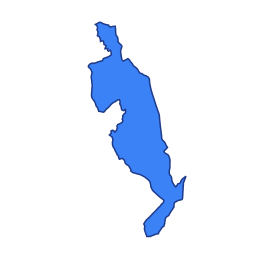 Suna East, Nyanza, Kenya (Mercator projection), rotated 48°
{"feature_id": "3690345B51291176928549", "entity_name": "Suna East", "entity_type": "district", "adm_level": 2, "iso_a3": "KEN", "parent_name": "Kenya", "parent_adm1": "Nyanza", "projection": "mercator", "projection_center": [34.508, -1.066], "detail": "fine", "context": "isolated", "style": "filled", "palette": "blue", "viewbox_px": 256, "rotation_deg": 48, "n_neighbors": 0, "source": "geoboundaries", "source_scale": "gbopen_adm2", "svg_char_len": 4417}
<svg xmlns="http://www.w3.org/2000/svg" viewBox="0 0 256 256"><g transform="rotate(48 128 128)"><path d="M202.6,117.1L202.4,119.5L202.3,121.8L202.7,124.0L203.5,125.2L203.7,126.6L202.9,128.2L203.3,129.6L203.7,131.9L201.4,131.9L198.2,131.3L195.8,130.2L194.0,128.8L192.4,128.3L190.3,128.2L188.3,126.9L187.1,125.5L186.0,124.0L184.7,122.6L183.3,121.5L181.7,119.9L180.0,118.3L178.4,117.4L176.7,116.6L174.8,116.2L172.8,116.8L171.2,117.3L169.3,117.0L169.3,116.5L169.2,115.6L169.2,114.2L168.9,111.7L168.3,111.5L166.7,111.4L164.6,110.6L162.4,110.2L160.0,110.5L157.9,109.7L156.5,108.4L154.5,107.1L151.3,104.8L147.9,102.5L143.3,99.1L141.9,98.1L140.7,97.1L139.4,96.2L137.5,95.2L135.1,94.3L133.2,93.4L130.5,92.3L126.0,90.3L122.8,88.8L120.7,87.9L118.2,86.8L116.6,86.0L114.7,85.1L111.7,83.4L108.9,81.7L106.2,79.5L104.0,78.9L101.4,79.6L99.0,80.9L97.0,81.2L95.4,82.4L93.1,82.2L90.8,81.6L88.3,81.7L85.4,82.3L82.5,81.7L80.3,81.8L78.4,81.4L76.4,81.6L76.2,82.5L76.0,83.4L75.6,85.0L75.1,86.7L73.5,86.9L72.2,86.3L71.5,85.9L70.8,85.4L69.4,84.5L68.6,84.0L67.9,83.5L66.3,82.4L65.6,81.8L65.1,81.0L64.3,79.5L63.2,77.9L61.9,77.5L60.1,77.7L57.5,77.8L55.8,76.4L54.6,75.5L52.8,74.9L50.6,74.6L47.8,72.5L46.1,71.0L45.6,70.7L44.4,69.8L43.8,69.4L42.3,71.4L41.4,73.0L40.5,74.0L38.5,73.6L36.4,75.2L34.2,76.5L31.5,77.5L30.2,78.6L29.9,80.8L29.2,82.9L30.9,82.7L31.7,82.8L33.2,83.5L34.1,85.2L36.4,86.0L37.7,87.2L38.9,89.0L41.0,88.3L43.3,89.0L45.3,90.5L45.7,89.2L47.0,88.2L48.5,89.0L50.0,90.0L51.3,89.4L52.6,89.2L53.0,90.9L53.7,92.1L54.5,91.1L55.4,90.0L56.6,91.2L57.9,91.1L58.3,89.1L60.3,89.8L62.4,91.4L62.2,93.3L61.9,95.0L60.8,97.7L59.9,99.9L60.9,101.9L59.4,104.8L58.4,107.1L57.6,109.5L56.4,110.5L55.2,112.4L55.0,114.4L55.3,115.8L56.2,116.6L58.0,116.4L60.2,116.6L62.7,117.6L64.3,119.8L65.7,121.5L67.6,122.6L69.5,124.0L71.2,125.3L72.5,126.1L74.1,128.0L75.8,129.6L77.0,131.0L78.4,132.4L79.9,133.8L81.9,134.7L84.8,135.0L86.9,135.4L88.5,136.0L90.2,136.9L92.2,137.0L94.1,137.7L96.0,138.6L96.4,138.2L97.8,137.1L98.3,136.8L100.0,135.5L99.9,133.5L99.5,131.8L99.6,130.1L99.6,128.2L99.3,126.1L99.1,123.8L99.3,122.0L99.7,120.3L100.1,118.7L100.1,117.2L101.2,115.4L103.2,116.2L104.6,118.0L107.3,118.6L109.1,120.0L110.6,120.5L112.2,119.6L112.5,117.6L114.2,118.8L115.1,120.1L114.9,121.4L115.3,123.7L116.8,124.9L117.6,126.5L119.1,126.7L119.9,128.5L119.4,131.0L118.6,133.2L119.1,134.9L120.7,135.8L122.0,138.2L122.3,140.4L120.6,140.4L119.4,140.9L118.8,142.6L120.6,143.9L120.7,146.5L122.7,146.1L124.4,145.9L126.9,147.3L128.1,149.1L130.2,150.8L132.2,151.7L134.1,151.9L136.5,152.8L138.5,153.2L140.3,153.9L142.5,153.9L143.9,154.9L145.5,155.3L146.6,152.8L148.5,152.2L150.5,152.7L152.4,153.6L154.7,153.4L156.5,152.7L158.1,153.2L159.4,153.4L160.0,153.5L161.3,154.1L161.7,154.7L164.3,154.3L166.2,153.1L168.1,151.9L168.6,151.6L170.7,150.2L172.2,149.6L174.4,148.7L175.9,148.3L178.6,147.8L181.2,147.5L183.0,147.9L185.0,148.9L187.5,150.6L189.9,151.2L192.0,151.5L194.0,151.2L195.5,151.1L196.1,151.0L196.9,151.0L198.7,150.8L201.1,150.5L203.4,150.0L205.6,149.7L206.3,150.4L206.8,151.0L207.2,152.6L207.0,154.2L207.6,156.1L207.5,158.1L207.7,160.1L208.0,162.6L208.2,167.0L208.4,169.1L208.6,171.4L208.6,173.2L208.6,173.9L208.7,175.4L208.7,176.2L209.1,178.0L209.9,180.5L211.1,180.8L212.1,181.1L212.7,181.9L213.5,182.8L214.5,183.7L215.4,184.2L216.4,184.6L218.0,185.3L219.3,185.8L219.9,186.0L220.4,186.2L221.2,186.6L222.2,185.6L222.5,185.1L223.0,184.6L223.5,184.2L223.7,183.4L223.9,182.5L224.4,181.5L224.7,180.8L225.0,179.9L225.2,179.2L225.6,178.2L226.0,177.6L226.4,177.0L226.8,176.6L226.8,175.8L226.2,175.3L226.0,174.3L225.7,173.2L225.3,171.5L225.1,170.7L224.9,170.0L224.8,169.4L224.7,168.8L224.7,168.2L224.9,167.5L225.0,166.9L224.7,166.4L224.3,165.9L223.9,165.3L223.5,164.6L222.8,163.9L222.3,163.4L221.8,162.6L220.8,161.4L220.4,160.8L220.0,160.3L219.8,159.5L219.9,158.5L220.1,157.5L220.2,156.6L220.2,156.0L219.8,155.3L219.6,154.7L219.5,154.2L219.2,153.4L218.9,152.5L218.6,151.1L218.4,150.2L218.2,149.2L217.8,148.4L217.7,147.1L215.2,144.5L214.8,144.0L214.6,143.2L214.9,141.6L215.2,140.0L215.3,139.5L215.7,138.7L216.9,136.5L217.3,135.7L217.0,135.0L216.5,134.2L215.9,133.7L215.4,133.2L214.9,132.6L214.2,131.9L213.2,131.0L212.5,130.2L212.1,129.8L211.7,129.4L211.1,128.8L209.7,127.4L208.2,125.9L207.7,125.3L207.1,124.7L206.5,124.1L205.9,123.6L205.5,122.8L205.1,121.8L204.6,121.1L204.3,120.4L203.8,119.5L203.4,118.6L202.8,117.7L202.6,117.1Z" fill="#3b82f6" stroke="#1e3a8a" stroke-width="1.5"/></g></svg>